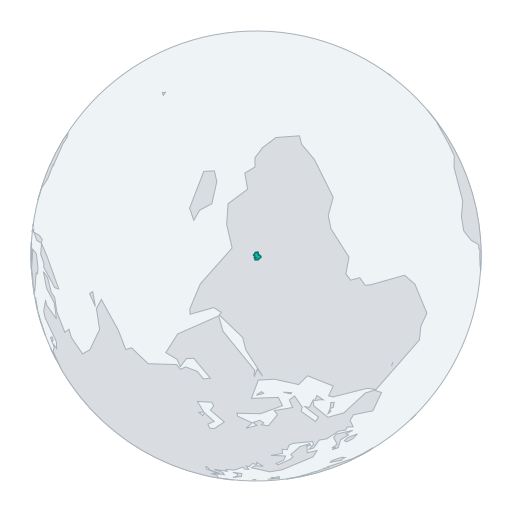 the Earth from above Mwanza, rotated 178°
{"feature_id": "TZA-3357", "entity_name": "Mwanza", "entity_type": "Region", "adm_level": 1, "iso_a3": "TZA", "parent_name": "United Republic of Tanzania", "parent_adm1": "", "projection": "orthographic", "projection_center": [33.157, -2.458], "detail": "fine", "context": "on_globe", "style": "filled", "palette": "teal", "viewbox_px": 512, "rotation_deg": 178, "n_neighbors": 0, "source": "natural_earth", "source_scale": "10m", "svg_char_len": 7461}
<svg xmlns="http://www.w3.org/2000/svg" viewBox="0 0 512 512"><g transform="rotate(178 256 256)"><circle cx="256" cy="256" r="225" fill="#eef3f6" stroke="#a8b0b8"/><path d="M31.9,233.2L32.4,238.6L32.4,248.0L32.0,254.1L33.0,255.5L33.1,259.5L40.7,264.5L47.5,273.9L49.3,287.7L47.5,303.9L55.0,337.6L54.3,349.3L60.2,362.8L70.4,382.7L69.1,381.8L75.9,391.1L79.6,396.1L70.2,383.3L61.7,370.0L54.2,356.1L47.6,341.7L42.1,326.8L37.7,311.7L34.3,296.2L32.1,280.6L30.9,264.8L30.8,249.0L31.9,233.2ZM116.0,432.5L114.6,431.3L115.9,432.4L118.1,434.1L117.8,433.9L116.0,432.5ZM311.0,37.5L315.7,38.8L316.8,39.1L332.5,44.1L347.9,50.3L362.7,57.6L376.9,65.9L390.6,75.3L403.4,85.7L415.5,96.9L426.8,109.0L429.9,113.1L434.4,118.6L434.7,118.8L436.6,121.4L440.3,126.6L446.9,136.4L452.0,145.0L454.4,149.3L462.0,167.7L460.9,172.0L462.1,175.8L458.5,170.5L458.5,177.2L468.8,201.5L470.1,208.2L467.8,219.4L467.0,214.3L457.6,200.1L459.2,216.0L466.4,231.0L469.0,247.8L465.0,241.6L461.9,226.9L458.6,221.5L457.1,207.4L449.7,186.4L445.4,189.3L443.5,181.2L432.7,164.2L425.2,168.2L414.9,188.0L417.3,209.0L412.1,218.0L396.3,186.9L389.4,167.1L383.6,168.6L367.5,152.1L339.3,150.3L335.4,145.4L330.1,147.6L318.7,142.7L312.8,135.0L305.9,135.5L321.8,156.0L329.2,155.8L335.5,148.0L338.5,155.5L349.5,162.6L337.0,180.8L295.4,197.5L291.6,181.9L261.1,141.6L262.2,137.2L262.0,136.8L261.7,135.9L258.7,143.0L253.5,135.6L269.5,162.7L272.1,175.0L294.8,198.4L292.6,200.9L300.0,205.9L323.9,200.1L324.0,205.4L312.6,230.1L279.6,264.8L284.2,288.6L282.1,309.2L262.0,323.1L264.3,339.2L253.9,345.0L253.6,354.2L245.6,364.1L232.0,373.7L208.4,374.6L206.6,366.2L194.2,350.3L176.8,312.0L182.4,294.0L180.1,280.5L163.1,251.6L166.8,235.1L162.3,228.5L153.1,230.7L148.0,223.0L142.5,223.2L108.2,231.6L98.2,222.3L87.2,192.9L93.7,180.1L95.6,166.4L140.7,118.4L149.5,119.9L184.2,112.4L188.3,113.7L183.4,123.4L208.7,134.5L217.9,126.0L241.7,132.2L258.1,131.9L265.5,113.9L238.6,113.9L234.8,105.5L257.0,98.2L280.6,99.6L279.9,96.5L265.7,89.4L271.9,84.2L260.9,86.7L264.8,89.7L258.0,91.7L254.1,89.1L256.4,87.2L249.5,85.9L240.1,96.6L243.1,100.9L224.6,103.3L227.7,110.9L222.4,114.8L215.1,103.4L216.4,99.2L202.2,88.5L199.2,92.9L212.4,103.7L207.9,102.9L203.9,110.2L203.4,104.1L189.8,92.3L173.6,96.2L151.6,115.2L142.4,117.8L135.3,115.2L144.6,97.2L164.2,93.9L167.7,88.5L164.9,81.9L171.1,81.8L172.4,79.0L179.9,78.0L191.5,70.9L199.3,69.8L205.0,62.2L209.8,60.9L205.1,65.6L205.9,68.6L225.4,67.5L229.5,65.8L231.7,61.3L236.7,62.0L236.3,57.8L248.1,56.2L233.4,55.1L235.5,50.9L243.2,47.8L241.3,46.5L228.8,51.6L226.2,54.0L228.1,56.3L218.7,64.0L211.8,65.7L211.7,57.6L201.8,59.4L206.0,53.3L237.2,41.5L249.7,39.8L267.9,44.5L264.3,46.5L256.0,45.6L262.7,49.7L262.6,47.7L266.9,48.7L270.0,45.8L273.1,46.4L270.7,43.0L274.9,43.5L276.4,45.6L284.5,42.8L293.6,43.7L293.9,42.9L291.7,41.7L304.6,44.2L304.3,43.6L300.0,42.4L296.5,40.5L295.3,38.5L299.9,39.4L300.9,40.3L309.9,44.0L311.9,46.8L313.6,47.1L312.9,44.9L302.0,40.3L300.1,38.8L305.8,40.7L303.6,39.9L304.0,39.5L308.7,40.2L302.7,38.2L301.4,35.4L309.4,37.1L311.0,37.5ZM431.2,114.3L430.4,113.4L431.2,114.3ZM124.4,141.1L123.0,145.1L122.9,145.2L124.4,141.1ZM305.3,111.4L319.6,112.7L313.6,101.8L318.6,101.7L314.7,98.3L313.1,101.1L303.6,92.2L309.9,89.7L308.4,85.6L303.5,85.0L293.5,91.3L306.9,103.5L303.5,107.7L305.3,111.4ZM107.3,86.8L107.0,87.0L101.7,91.9L104.4,89.3L107.3,86.8ZM172.0,67.1L174.1,68.3L170.6,71.4L160.8,74.7L165.7,70.0L172.0,67.1ZM177.9,69.4L180.6,61.5L186.8,59.8L182.9,61.9L186.7,61.6L181.4,65.1L184.8,71.9L182.0,75.2L165.3,78.4L172.3,75.2L169.8,74.0L177.9,69.4ZM176.3,50.6L177.6,48.9L189.5,47.1L187.0,49.0L177.0,51.9L174.1,51.4L176.3,50.6ZM232.8,31.9L232.9,32.0L228.3,32.5L231.7,32.5L225.2,33.2L226.0,33.2L221.0,34.1L216.2,35.4L213.4,35.7L212.8,36.1L209.4,37.0L207.6,37.7L201.9,38.9L199.2,40.0L198.0,40.0L195.0,41.8L194.7,41.0L190.3,42.5L192.9,42.5L166.5,50.1L155.7,55.0L146.8,59.8L147.5,58.7L156.3,54.0L157.4,53.5L171.8,47.0L186.6,41.7L201.8,37.3L217.2,34.1L232.8,31.9ZM193.7,109.9L197.0,110.1L202.4,109.5L200.0,114.4L193.7,109.9ZM184.1,101.9L187.2,101.1L186.4,106.9L182.9,107.0L184.1,101.9ZM189.6,96.0L187.4,100.6L186.6,98.1L189.6,96.0ZM208.0,64.9L211.4,64.1L211.5,65.2L209.3,66.9L208.0,64.9ZM241.8,34.7L239.7,34.4L240.8,34.1L240.4,33.0L245.2,32.7L247.3,33.3L241.8,34.7ZM260.5,116.9L255.4,120.3L253.1,118.7L255.3,117.8L260.5,116.9ZM225.9,116.9L233.5,119.0L225.2,118.2L225.9,116.9ZM246.9,34.2L246.2,33.7L249.0,34.0L246.9,34.2ZM248.6,32.5L252.1,32.6L245.7,32.6L248.6,32.5ZM343.1,419.7L343.9,422.7L340.7,422.8L343.1,419.7ZM320.7,306.2L305.2,342.4L294.6,342.5L292.6,331.7L298.3,309.8L310.8,303.7L316.9,293.9L320.7,306.2ZM477.6,292.7L477.7,294.6L477.5,295.6L477.6,292.7ZM477.6,288.1L478.1,289.4L477.1,290.3L477.6,288.1ZM478.3,289.9L478.8,288.9L479.0,287.6L478.7,289.8L478.3,289.9ZM477.0,287.5L471.7,284.0L469.0,279.9L470.2,276.3L474.6,279.3L477.0,287.5ZM469.9,276.1L465.0,263.4L454.3,230.0L458.2,231.3L468.6,252.4L468.1,255.5L471.1,265.2L469.9,276.1ZM479.7,260.7L479.0,270.6L476.7,267.8L475.3,265.4L474.4,252.0L474.9,245.9L476.3,246.7L478.4,227.8L479.7,234.1L479.8,242.3L480.7,251.8L479.7,260.7ZM418.3,211.1L423.6,224.2L420.4,226.1L418.3,211.1ZM477.1,214.2L477.7,222.3L476.4,211.0L477.1,214.2ZM475.0,203.4L476.1,208.1L474.8,203.1L475.0,203.4ZM464.1,181.9L462.8,182.3L461.7,179.1L462.7,176.8L464.1,181.9ZM459.6,159.6L463.6,168.5L464.7,171.4L462.2,165.6L459.6,159.6ZM286.8,35.5L282.1,37.0L281.8,38.8L286.7,40.6L277.8,39.1L278.2,36.2L286.8,35.5ZM299.2,35.1L294.9,34.2L298.0,34.7L299.4,35.0L299.2,35.1ZM295.7,34.4L288.1,33.3L286.5,32.9L292.8,33.8L295.7,34.4ZM267.5,32.4L265.7,32.7L263.5,32.4L267.5,32.4ZM443.9,380.3L439.7,384.6L440.5,381.4L445.1,374.9L455.3,353.6L455.5,354.4L461.4,340.6L467.9,331.4L472.2,319.4L466.8,335.4L460.3,350.9L452.6,365.9L443.9,380.3ZM477.7,295.8L477.7,296.1L477.8,295.7L477.7,295.8ZM481.3,258.8L481.1,263.2L480.5,274.4L480.2,278.0L480.9,266.0L480.0,277.2L479.8,276.5L480.4,266.3L480.9,254.8L481.0,250.5L481.3,252.4L481.0,254.6L481.0,261.2L481.3,258.6L481.3,258.8ZM479.3,226.4L479.5,227.6L479.2,225.2L479.3,226.4ZM478.0,217.5L478.0,217.9L477.8,216.8L478.0,217.5ZM477.0,212.5L477.5,215.0L476.4,209.4L476.6,210.3L477.0,212.5ZM475.4,204.8L474.5,201.7L469.4,184.2L469.6,184.5L473.4,197.0L474.5,201.1L475.4,204.8Z" fill="#d9dde1" stroke="#a8b0b8" stroke-width="1"/><path d="M254.2,252.1L254.3,252.2L256.7,252.1L257.2,252.3L257.2,252.5L257.2,253.0L256.9,253.1L256.7,253.2L256.6,253.5L256.6,253.8L256.6,254.0L256.8,253.9L257.1,253.8L257.1,253.7L257.2,253.8L257.3,253.9L257.2,254.0L257.4,254.0L257.5,254.1L257.6,254.3L257.3,254.3L257.1,254.1L256.8,254.2L257.0,254.4L256.9,254.4L256.7,254.3L256.5,254.2L256.4,254.2L256.5,254.3L256.4,254.4L256.2,254.4L256.3,254.5L256.2,254.6L256.3,254.8L256.3,254.7L256.5,254.6L256.7,254.8L256.8,254.8L257.3,255.8L257.4,256.0L257.7,256.3L257.9,256.5L258.0,256.6L258.4,256.8L258.5,257.0L258.4,257.2L258.2,257.2L258.1,257.3L257.8,257.2L257.7,257.3L257.5,257.5L257.4,257.5L257.5,258.0L257.4,258.2L257.3,258.5L257.2,258.8L257.0,259.2L256.8,259.3L256.7,259.4L256.4,259.4L256.2,259.4L256.1,259.7L255.8,259.8L255.7,259.8L255.6,259.7L255.4,259.6L255.2,259.6L255.1,259.3L255.0,259.2L254.8,259.1L254.7,259.2L254.4,259.2L254.4,259.3L254.2,259.4L254.1,259.5L254.1,259.8L253.7,259.7L253.6,259.4L253.6,259.2L253.5,258.9L253.8,258.0L253.5,257.7L253.6,257.4L252.9,257.0L253.1,256.6L252.4,256.5L252.3,256.3L252.1,256.2L251.9,256.1L251.7,256.0L251.4,255.8L251.3,255.7L251.2,255.6L251.2,255.4L251.1,255.2L251.0,254.8L254.2,252.1Z" fill="#14b8a6" stroke="#0f766e" stroke-width="1.5"/></g></svg>